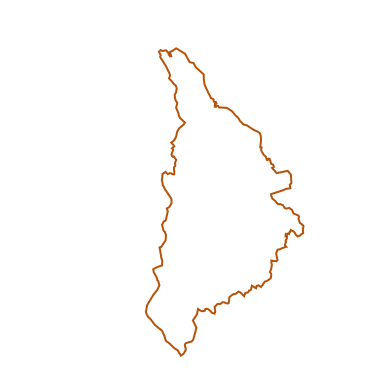 Obafemi Owode, Ogun, Nigeria (Equal Earth projection), rotated 153°
{"feature_id": "59680162B74248263036628", "entity_name": "Obafemi Owode", "entity_type": "district", "adm_level": 2, "iso_a3": "NGA", "parent_name": "Nigeria", "parent_adm1": "Ogun", "projection": "equal_earth", "projection_center": [3.472, 6.959], "detail": "fine", "context": "isolated", "style": "outline", "palette": "amber", "viewbox_px": 384, "rotation_deg": 153, "n_neighbors": 0, "source": "geoboundaries", "source_scale": "gbopen_adm2", "svg_char_len": 4579}
<svg xmlns="http://www.w3.org/2000/svg" viewBox="0 0 384 384"><g transform="rotate(153 192 192)"><path d="M108.8,113.5L109.9,115.4L109.2,119.9L107.7,121.6L107.9,122.7L111.3,126.8L111.0,130.6L112.7,133.8L115.2,134.2L116.7,135.6L116.9,138.9L118.8,141.1L121.0,142.1L121.9,146.2L123.4,149.8L123.1,152.9L122.4,154.2L111.2,152.4L106.6,152.0L102.6,150.7L101.7,153.9L99.4,154.8L96.0,162.5L97.1,167.4L108.0,170.4L109.7,177.1L107.9,177.0L107.3,178.2L107.5,179.9L108.7,181.0L107.8,186.4L108.6,186.9L110.1,186.1L110.7,186.5L110.2,190.1L111.1,192.2L111.3,194.3L111.6,196.5L111.1,198.4L109.8,200.1L110.9,200.8L109.4,203.1L107.4,206.1L105.9,209.1L105.2,211.4L104.8,213.6L106.5,216.6L108.2,218.5L109.6,220.6L111.9,224.8L112.8,226.5L115.4,228.7L116.3,231.7L117.0,233.3L117.1,236.4L117.5,238.2L118.5,240.5L119.1,243.4L119.8,246.1L120.8,247.8L122.3,250.3L122.8,251.2L129.5,255.1L129.6,256.9L130.9,257.8L132.1,257.0L133.0,257.7L131.5,260.1L130.0,259.9L129.9,261.4L131.5,262.6L130.8,264.9L132.6,267.3L132.3,268.9L132.4,272.7L132.1,281.8L130.0,287.8L128.2,291.4L132.0,301.4L132.1,306.1L135.2,308.8L135.4,318.3L140.0,325.8L140.9,327.2L142.6,327.0L144.7,326.6L148.0,326.8L148.5,324.9L148.9,322.4L150.0,322.8L150.2,324.6L150.2,325.9L149.9,327.3L150.3,328.2L150.6,329.7L151.3,330.3L152.1,330.4L153.6,330.8L154.7,331.5L155.5,332.7L157.9,331.9L157.7,328.3L159.1,326.8L158.5,320.9L158.1,316.0L158.2,308.0L158.5,306.0L160.9,303.6L159.7,299.6L159.2,296.7L158.6,295.1L158.2,294.2L158.3,292.7L158.6,291.2L160.1,289.3L161.0,288.0L163.2,286.6L164.4,283.8L165.0,280.9L164.6,278.1L167.9,274.3L168.3,268.5L169.1,266.1L169.0,263.3L167.9,260.2L167.2,258.2L166.8,257.1L168.5,256.0L174.0,254.7L175.7,253.9L176.5,253.4L178.3,252.0L179.4,250.6L180.6,249.0L182.0,247.7L183.4,246.8L185.1,246.0L186.4,245.7L188.0,245.5L187.2,242.1L187.1,240.8L190.0,239.9L189.6,238.1L191.3,236.6L193.2,234.9L193.4,233.3L192.9,232.0L192.1,232.1L191.5,227.7L193.2,226.4L194.1,225.1L195.0,222.9L196.9,222.1L197.8,220.4L198.5,218.1L199.2,216.9L199.8,215.9L200.9,216.3L202.2,218.1L203.0,218.8L203.6,218.9L205.5,219.0L206.5,221.9L210.1,221.5L210.4,220.8L212.1,218.2L213.5,216.0L214.3,213.0L215.0,211.4L214.7,209.2L214.9,206.7L214.1,201.4L213.5,195.0L215.4,191.2L219.1,188.9L221.9,188.8L222.3,185.8L224.7,182.9L227.0,180.1L228.5,178.5L230.4,178.7L233.6,176.4L234.9,170.5L234.4,168.7L234.7,165.9L234.7,165.5L237.6,160.8L244.5,157.0L246.0,157.4L249.3,146.9L249.6,144.4L252.0,140.2L257.4,140.9L261.6,140.8L262.5,138.0L262.3,131.8L262.9,129.0L262.5,128.2L262.8,126.5L263.3,124.4L263.4,123.6L266.6,121.2L267.5,120.4L272.7,118.2L283.3,111.6L287.5,106.1L288.0,102.6L287.5,99.9L287.2,99.0L287.1,98.9L286.6,97.5L286.4,96.0L285.4,90.5L283.7,86.4L281.7,82.2L281.9,76.6L282.9,71.3L280.9,67.4L278.7,61.0L276.7,57.6L276.3,53.5L276.2,51.3L273.1,51.6L269.6,53.9L268.7,55.1L268.1,58.5L267.3,59.5L266.2,60.1L263.2,59.6L260.3,58.9L257.8,60.0L252.4,65.9L250.1,68.8L249.7,69.0L249.5,77.2L243.0,80.8L239.8,85.0L238.4,82.6L237.2,81.2L234.6,80.4L233.2,81.7L232.2,81.4L230.7,80.1L229.6,77.5L229.2,75.6L227.2,73.4L225.6,74.8L224.0,79.4L222.4,79.8L220.7,80.5L219.5,80.5L217.4,79.3L215.0,79.9L214.1,79.5L213.1,78.8L212.2,77.4L210.4,76.3L209.8,76.4L208.3,78.3L206.6,81.2L204.3,81.9L202.7,82.0L201.1,82.2L200.1,81.5L198.5,81.6L195.8,82.2L194.4,80.5L193.4,77.1L192.9,75.5L190.4,77.8L187.8,77.1L185.8,78.3L185.4,78.0L183.8,78.2L181.2,81.3L178.6,77.1L177.1,78.9L175.3,78.8L173.7,76.1L173.4,76.3L172.3,76.7L171.6,76.8L170.2,78.0L169.2,78.3L167.7,79.1L166.7,78.8L164.6,78.8L163.8,78.9L161.9,79.2L160.4,80.0L159.6,81.3L158.6,83.0L158.9,85.3L156.4,87.4L155.6,88.6L153.9,90.9L153.2,93.5L152.3,94.0L152.3,94.7L148.1,91.9L147.5,92.2L146.6,92.8L145.1,98.6L143.4,100.6L142.1,101.7L141.7,101.7L141.0,101.5L139.9,101.1L138.1,101.1L137.6,101.1L135.3,100.8L134.0,100.6L132.9,100.3L133.0,100.7L133.3,101.5L133.3,102.0L133.3,102.5L133.3,102.8L132.4,103.6L131.4,104.4L130.8,104.8L130.9,105.2L130.7,106.1L130.4,106.4L130.1,106.6L129.7,106.8L128.9,107.3L128.2,108.1L127.6,109.2L128.0,109.7L128.7,110.0L128.4,110.4L128.0,111.1L127.7,111.8L127.4,112.0L127.2,112.1L126.7,111.0L126.5,110.9L126.0,111.1L125.6,111.4L125.4,111.3L125.2,111.0L124.8,110.9L124.7,110.8L124.3,111.2L124.0,111.4L124.0,111.1L123.8,111.3L123.2,111.7L122.5,112.2L121.9,112.7L121.3,112.8L121.1,113.1L120.4,111.9L119.9,111.7L119.7,111.5L119.3,110.6L118.9,109.0L118.9,108.3L119.0,107.7L119.0,107.1L118.7,106.3L118.4,105.9L118.2,105.4L118.2,105.0L118.2,104.6L115.8,104.1L114.5,104.5L113.4,104.9L111.7,104.8L109.6,109.6L108.8,110.0L108.1,111.2L108.2,112.0L108.6,112.4L108.8,113.5Z" fill="none" stroke="#b45309" stroke-width="2"/></g></svg>